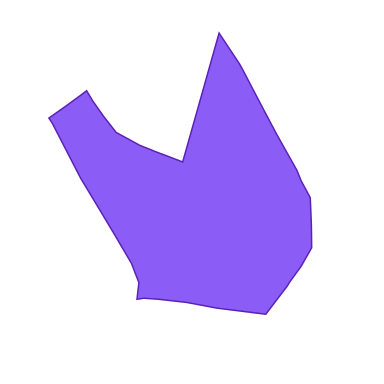 Al-Aguza, Al Jizah, Egypt, rotated 160°
{"feature_id": "37247803B56780050438943", "entity_name": "Al-Aguza", "entity_type": "district", "adm_level": 2, "iso_a3": "EGY", "parent_name": "Egypt", "parent_adm1": "Al Jizah", "projection": "equal_earth", "projection_center": [31.205, 30.06], "detail": "fine", "context": "isolated", "style": "filled", "palette": "violet", "viewbox_px": 384, "rotation_deg": 160, "n_neighbors": 0, "source": "geoboundaries", "source_scale": "gbopen_adm2", "svg_char_len": 797}
<svg xmlns="http://www.w3.org/2000/svg" viewBox="0 0 384 384"><g transform="rotate(160 192 192)"><path d="M280.4,110.0L277.5,109.4L273.7,108.7L261.1,103.1L256.0,100.6L234.9,90.1L218.5,80.4L207.7,74.0L164.5,51.9L152.5,59.6L134.7,71.0L131.4,73.7L125.2,77.9L114.9,84.8L98.6,98.7L91.6,118.7L89.4,125.5L82.8,146.2L85.6,165.2L85.9,174.6L86.0,176.5L92.2,214.3L92.7,217.3L93.1,220.2L95.1,234.6L97.8,254.1L102.4,288.8L103.6,296.4L107.2,311.3L109.5,320.8L112.2,332.1L148.1,282.2L190.5,223.4L199.8,231.5L211.9,241.9L225.0,253.6L239.1,269.6L242.9,273.9L249.3,293.7L254.1,311.4L256.4,323.2L264.2,320.8L282.1,315.6L297.6,311.4L301.2,310.4L299.8,304.5L291.9,242.9L285.8,211.8L280.8,185.9L279.9,181.4L273.3,145.6L272.9,124.9L274.4,122.0L280.4,110.0Z" fill="#8b5cf6" stroke="#5b21b6" stroke-width="1.5"/></g></svg>